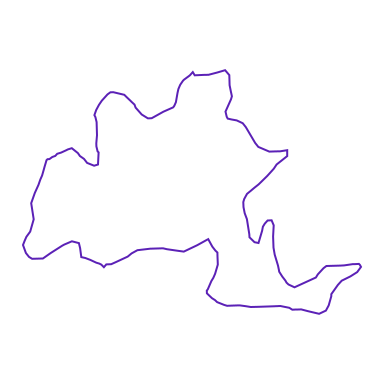 outline of Fayyum, Al Fayyum, Egypt
{"feature_id": "37247803B19900063663669", "entity_name": "Fayyum", "entity_type": "district", "adm_level": 2, "iso_a3": "EGY", "parent_name": "Egypt", "parent_adm1": "Al Fayyum", "projection": "robinson", "projection_center": [30.852, 29.314], "detail": "fine", "context": "isolated", "style": "outline", "palette": "violet", "viewbox_px": 384, "rotation_deg": 0, "n_neighbors": 0, "source": "geoboundaries", "source_scale": "gbopen_adm2", "svg_char_len": 2698}
<svg xmlns="http://www.w3.org/2000/svg" viewBox="0 0 384 384"><path d="M229.3,75.1L225.1,70.2L217.3,72.5L208.5,74.8L203.6,74.9L194.7,75.3L192.8,72.1L191.7,73.3L189.8,75.4L184.0,79.7L183.0,80.7L180.2,84.8L178.4,89.0L177.5,93.0L175.9,102.2L174.3,105.8L174.1,106.0L174.0,106.3L173.1,107.4L163.4,111.7L153.7,117.1L151.7,118.2L149.7,118.3L147.8,118.3L141.7,114.5L135.6,107.6L134.5,104.6L131.9,102.2L130.4,100.7L128.4,98.8L126.3,96.8L124.3,94.8L113.3,92.2L110.4,92.3L107.5,94.4L101.8,100.7L99.0,104.8L96.2,110.0L94.4,115.1L95.4,117.1L96.6,122.1L97.0,135.2L96.3,143.3L96.4,146.4L97.6,151.4L98.6,152.4L98.0,164.5L96.8,164.9L94.1,165.7L87.1,162.9L84.0,158.9L79.9,156.0L77.9,153.1L71.8,148.2L67.9,149.4L65.9,150.4L61.1,152.6L57.2,153.8L55.3,155.9L52.3,157.0L49.4,159.1L47.5,159.2L46.5,160.2L45.6,163.3L44.7,166.3L43.5,170.6L42.1,175.5L40.3,179.6L38.5,184.8L34.8,193.0L31.2,203.2L33.7,219.3L30.2,231.6L26.4,236.8L24.6,240.9L23.0,245.0L25.9,253.0L29.0,256.9L32.1,258.8L42.9,258.5L50.6,253.1L62.2,245.7L64.2,244.6L71.9,241.3L78.9,243.1L80.1,248.1L81.3,257.1L85.3,258.0L90.3,259.9L96.3,262.7L99.3,263.6L101.3,264.6L103.9,267.2L106.3,264.4L111.2,264.2L116.1,262.0L127.7,256.6L131.6,253.4L137.4,250.2L150.2,248.7L163.0,248.3L166.9,249.2L177.9,250.8L183.8,251.6L196.6,245.5L197.0,245.3L197.4,245.1L203.2,241.9L208.2,239.1L212.3,246.6L215.4,250.6L217.4,252.5L217.5,256.6L217.7,261.6L217.8,264.6L216.9,267.7L215.1,273.8L213.3,277.9L212.2,279.7L211.4,281.0L207.8,289.3L206.8,290.6L206.9,293.3L207.9,294.3L210.0,296.3L212.0,298.2L215.0,300.1L217.1,302.1L224.1,304.9L227.1,305.8L232.0,305.6L237.9,305.4L239.9,305.4L245.8,306.2L250.8,307.0L258.7,306.8L267.5,306.5L273.4,306.3L280.3,306.0L289.3,307.8L292.3,309.7L296.3,309.5L298.2,309.5L298.3,309.5L301.2,309.4L308.1,311.2L319.1,313.8L325.9,310.6L327.3,308.0L328.7,305.4L331.3,296.2L331.3,294.2L337.9,284.9L341.7,280.7L350.4,276.4L357.2,272.1L361.0,266.9L359.9,264.9L358.9,263.9L355.4,264.1L353.0,264.1L344.1,265.4L340.2,265.6L326.4,266.0L323.5,268.2L317.8,274.4L315.9,277.5L294.5,287.3L288.5,284.5L286.5,282.6L285.4,280.6L282.3,276.6L279.2,271.7L279.0,270.4L278.0,265.6L274.7,254.6L273.5,247.6L273.1,236.5L273.7,225.3L271.6,220.3L267.6,220.5L264.8,223.6L262.9,226.7L262.1,230.8L260.3,236.9L258.5,243.0L254.5,242.2L249.5,237.3L249.3,234.2L246.9,219.1L244.7,213.2L243.5,207.1L243.3,202.1L244.2,199.0L247.0,193.9L254.7,187.5L257.6,185.2L258.6,184.4L267.2,176.0L273.8,168.7L276.6,164.5L287.2,156.1L287.2,150.2L280.2,151.3L275.4,151.4L269.3,151.6L258.3,146.9L255.2,143.0L245.8,127.1L242.7,123.2L236.7,120.4L231.7,119.5L227.7,118.6L226.7,116.7L225.5,111.6L231.0,99.3L231.9,96.3L230.8,91.2L229.6,85.2L229.4,78.1L229.3,75.1Z" fill="none" stroke="#5b21b6" stroke-width="2"/></svg>